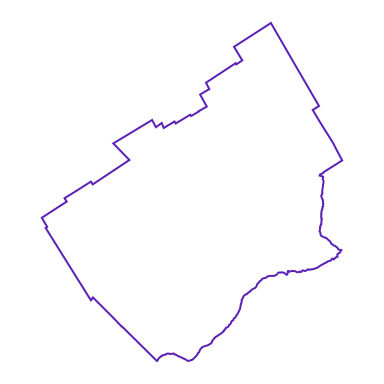 outline of General Rodríguez, Buenos Aires, Argentina
{"feature_id": "61730980B11219984208084", "entity_name": "General Rodríguez", "entity_type": "district", "adm_level": 2, "iso_a3": "ARG", "parent_name": "Argentina", "parent_adm1": "Buenos Aires", "projection": "natural_earth1", "projection_center": [-58.934, -34.64], "detail": "fine", "context": "isolated", "style": "outline", "palette": "violet", "viewbox_px": 384, "rotation_deg": 0, "n_neighbors": 0, "source": "geoboundaries", "source_scale": "gbopen_adm2", "svg_char_len": 6032}
<svg xmlns="http://www.w3.org/2000/svg" viewBox="0 0 384 384"><path d="M319.0,106.0L293.3,61.8L270.9,23.0L234.0,46.8L242.3,60.4L236.3,64.4L235.6,63.2L206.0,82.7L209.3,89.1L200.1,94.5L206.8,106.6L198.5,111.3L198.7,111.6L191.2,116.0L190.2,114.7L175.7,123.5L174.5,121.5L163.7,128.0L161.7,123.0L155.9,127.2L152.1,120.0L113.3,143.4L129.4,160.0L92.7,184.4L90.9,181.6L75.5,191.4L64.5,198.2L66.7,201.6L41.8,217.8L47.2,227.0L45.7,228.0L90.9,300.3L91.4,299.9L91.7,299.4L92.4,297.9L92.6,297.6L92.9,297.4L112.7,317.2L122.2,327.1L122.4,326.9L129.5,333.9L146.2,350.4L156.9,361.0L157.2,360.6L157.6,360.3L157.8,360.1L158.2,359.3L158.9,358.2L159.3,357.7L159.6,357.5L160.0,357.3L160.2,357.1L160.7,356.8L160.9,356.4L161.2,356.2L161.5,355.9L161.9,355.8L162.3,355.8L163.2,355.0L163.5,354.9L163.8,354.8L165.0,354.8L165.4,354.7L165.9,354.2L167.6,353.5L168.2,353.5L169.0,353.7L170.8,354.1L171.5,353.9L172.0,353.7L173.5,353.6L174.0,353.7L174.2,354.0L174.5,354.5L175.7,354.5L176.1,354.9L176.8,355.2L177.4,355.7L178.2,356.2L179.8,356.7L180.7,357.2L181.1,357.5L181.8,357.6L183.0,358.3L183.7,358.5L184.9,359.2L185.8,359.6L186.4,360.0L187.0,360.5L187.8,360.8L188.3,360.9L189.2,360.7L191.5,360.1L191.9,359.8L192.6,359.6L193.6,358.6L194.2,358.0L195.2,357.0L195.9,356.2L196.3,355.9L196.9,355.2L197.4,354.3L198.0,353.0L198.5,352.7L199.0,352.2L199.4,351.4L199.8,350.2L200.2,349.5L200.6,348.9L201.4,348.2L202.2,347.2L202.6,346.9L203.5,346.6L204.3,346.3L205.2,345.9L207.0,345.5L208.2,345.1L209.3,344.4L210.3,343.8L210.9,343.6L211.3,343.1L211.5,342.8L211.7,342.2L211.9,341.9L212.5,340.5L213.3,339.7L214.0,338.8L214.4,338.1L215.3,337.4L215.7,336.8L216.1,336.7L216.4,336.4L217.4,336.0L217.7,335.6L218.6,335.1L219.3,334.5L219.7,334.4L221.3,333.3L222.4,332.3L223.1,331.8L223.4,331.7L223.9,330.7L224.0,330.2L224.3,330.0L224.9,329.7L225.2,329.2L225.4,328.5L225.6,328.2L226.4,327.6L227.0,327.5L227.6,327.2L228.7,326.1L228.9,325.7L228.9,325.2L229.4,324.7L230.0,324.4L230.4,324.0L230.8,323.4L231.0,322.8L231.2,322.2L231.4,321.7L231.6,321.2L232.7,320.5L233.2,320.2L233.4,319.6L233.7,318.8L233.9,318.4L234.2,318.1L234.6,317.9L235.1,317.6L235.4,317.4L235.7,316.9L236.1,316.0L236.5,315.1L237.0,314.8L237.4,314.2L237.6,313.6L238.1,312.9L238.3,312.3L238.7,311.8L238.9,311.2L239.2,310.8L239.4,310.1L239.8,309.4L240.1,308.5L240.1,308.2L240.3,307.2L240.5,306.5L240.5,306.1L240.8,304.7L240.9,304.1L241.2,303.4L241.5,302.8L241.5,302.1L241.8,301.3L241.7,300.7L241.6,300.2L241.6,299.9L242.0,299.4L242.5,298.6L243.0,297.4L243.4,296.5L243.8,296.0L244.1,295.8L244.9,294.8L245.3,294.6L246.8,294.2L247.0,294.0L247.2,293.6L247.7,293.3L247.9,293.1L248.1,292.7L248.6,292.4L249.5,291.8L250.1,291.6L250.3,291.1L250.7,290.7L251.0,290.3L251.3,290.0L253.0,288.9L254.5,288.2L254.9,288.1L255.7,287.3L255.9,286.9L256.4,286.5L256.7,285.8L256.8,285.5L256.8,285.0L257.0,284.6L257.4,284.0L257.5,283.6L258.0,283.3L258.4,283.1L258.6,282.9L259.1,282.3L259.2,282.0L259.5,281.5L260.0,281.0L260.6,280.6L261.0,280.4L261.5,280.0L261.8,279.5L262.0,279.0L262.2,278.8L262.9,278.6L264.2,278.1L266.2,277.6L266.8,277.1L267.9,276.3L268.4,276.1L269.1,276.1L269.7,276.0L270.8,275.9L273.8,275.9L274.9,275.5L275.8,275.3L276.2,275.0L276.5,274.7L277.4,273.8L277.9,273.1L278.3,272.7L278.7,272.5L279.5,272.6L279.8,272.5L280.7,272.6L281.5,272.3L282.1,272.3L283.1,272.5L284.1,273.0L284.8,273.3L285.4,273.8L285.9,274.3L286.4,274.7L286.7,274.8L287.1,274.6L287.3,274.4L287.4,273.7L287.6,273.2L287.8,272.5L287.8,271.6L287.9,271.1L288.4,270.9L288.8,271.2L289.3,271.7L290.5,271.4L291.9,270.9L292.4,271.0L293.3,271.1L293.9,271.0L294.4,271.0L294.8,271.1L295.4,271.4L296.1,271.7L296.8,272.1L297.2,272.2L298.0,272.2L298.5,272.1L299.2,271.7L299.7,271.7L300.0,271.9L300.5,272.0L300.8,272.0L301.4,271.8L301.6,271.5L301.7,271.1L301.9,270.8L302.2,270.6L302.8,270.4L303.3,270.5L304.2,270.8L304.9,271.0L305.4,270.9L306.4,270.4L306.9,270.1L307.2,270.0L307.7,269.8L307.8,269.5L308.2,269.3L308.4,269.3L309.8,269.7L310.4,269.7L311.1,269.4L311.3,269.3L313.2,269.2L314.0,268.9L315.0,268.5L316.5,268.0L317.6,267.5L317.8,267.4L321.0,265.2L323.0,264.2L323.9,263.6L324.2,263.3L325.9,262.8L327.5,261.5L329.7,260.9L331.1,260.3L331.3,260.1L331.4,259.6L331.5,259.4L331.7,259.1L332.0,258.8L332.5,258.6L333.2,258.7L333.6,259.0L333.7,259.3L334.0,259.3L334.5,258.7L335.0,258.3L335.3,257.8L335.5,257.6L336.2,257.2L336.6,257.0L337.2,256.9L337.5,256.6L337.3,255.5L337.4,255.1L337.5,254.6L337.5,254.1L337.7,253.9L338.2,253.7L338.8,253.3L339.3,253.0L340.0,252.4L340.2,252.1L340.5,251.4L341.3,250.1L340.1,249.8L339.4,249.7L338.7,249.5L338.4,249.4L338.2,249.2L337.4,247.7L337.2,247.5L337.0,247.3L336.6,247.1L336.3,246.9L335.3,246.0L335.0,245.8L334.1,245.7L333.8,245.6L333.6,245.4L333.4,245.1L333.1,244.9L332.8,244.7L332.6,244.4L331.9,244.1L331.3,243.7L331.1,243.5L331.0,243.1L330.5,241.9L326.0,237.8L324.4,237.5L321.3,235.9L320.8,235.3L320.5,234.2L320.4,233.1L320.3,232.4L319.9,231.7L319.6,231.4L319.8,230.4L320.1,228.1L320.0,227.9L320.1,227.5L320.0,227.2L320.5,226.7L320.5,226.3L320.4,226.1L320.4,225.7L320.9,224.9L320.9,224.6L321.4,224.2L321.4,223.9L321.3,223.6L321.2,223.3L321.3,223.0L321.4,222.5L321.4,221.6L321.5,220.5L321.6,220.2L321.5,219.7L321.9,219.1L321.9,218.8L321.7,218.5L321.4,218.4L321.3,218.0L321.3,217.6L321.3,217.2L321.3,216.9L321.1,216.3L321.3,215.2L321.4,214.7L321.4,213.8L321.4,213.4L321.2,213.3L321.2,213.0L321.4,212.6L321.5,212.2L321.6,210.8L321.6,210.5L321.8,210.3L322.0,210.0L322.1,209.7L322.5,208.4L322.5,208.0L322.5,206.9L322.9,206.7L323.1,206.3L323.2,206.0L323.2,205.3L323.1,204.9L323.1,204.6L323.0,204.1L323.0,203.6L323.3,203.2L323.2,202.8L323.1,202.5L323.1,202.2L323.0,201.9L322.8,201.7L322.9,201.3L323.0,200.9L322.9,200.6L322.7,199.6L322.0,198.4L321.5,196.9L321.2,195.9L321.2,195.6L321.6,195.0L321.8,194.9L322.0,194.6L322.1,194.2L322.1,193.8L322.4,193.3L322.4,193.0L322.2,192.7L322.2,192.4L322.3,191.7L322.2,191.2L323.6,181.4L322.7,178.9L323.2,177.2L322.8,176.5L319.7,175.6L320.0,174.5L323.4,172.9L323.6,172.1L329.9,168.2L342.2,160.4L336.5,149.7L333.1,143.0L318.8,120.2L312.7,109.9L319.0,106.0Z" fill="none" stroke="#5b21b6" stroke-width="2"/></svg>